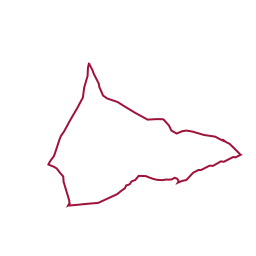 outline of Ar Reif Ash Shargi, South Kordufan, Sudan, rotated 153°
{"feature_id": "16777658B25449953916595", "entity_name": "Ar Reif Ash Shargi", "entity_type": "district", "adm_level": 2, "iso_a3": "SDN", "parent_name": "Sudan", "parent_adm1": "South Kordufan", "projection": "mercator", "projection_center": [29.773, 11.191], "detail": "fine", "context": "isolated", "style": "outline", "palette": "rose", "viewbox_px": 256, "rotation_deg": 153, "n_neighbors": 0, "source": "geoboundaries", "source_scale": "gbopen_adm2", "svg_char_len": 1827}
<svg xmlns="http://www.w3.org/2000/svg" viewBox="0 0 256 256"><g transform="rotate(153 128 128)"><path d="M48.5,74.0L48.8,73.2L49.1,73.5L51.4,76.6L54.3,80.8L54.5,80.9L63.6,87.4L63.8,87.6L72.5,95.8L77.1,99.2L81.0,100.5L87.2,101.0L87.3,101.2L87.4,101.3L90.5,106.0L90.4,111.7L92.4,119.2L92.6,119.3L92.8,119.9L98.4,122.9L106.8,126.6L114.9,138.5L122.0,150.0L125.4,155.7L125.6,156.0L128.3,158.8L133.2,163.8L135.5,168.2L135.0,176.4L135.0,176.8L135.0,177.4L134.1,180.1L134.1,180.4L133.9,180.8L133.9,191.9L133.9,192.0L133.4,195.6L133.5,202.5L133.4,202.6L133.7,203.0L136.3,199.9L139.3,194.6L140.4,192.7L148.7,183.9L154.3,175.7L163.7,169.1L176.6,160.8L186.6,153.9L191.5,151.3L194.2,148.9L204.8,138.4L207.1,136.4L210.5,134.8L213.5,133.1L215.5,131.6L215.1,131.1L211.4,126.8L209.9,124.3L209.8,123.8L208.8,118.3L207.7,114.2L209.8,109.4L211.1,102.1L212.3,95.4L213.3,90.0L214.4,87.4L215.6,86.7L215.9,86.5L215.6,86.4L216.1,86.1L215.9,86.1L216.2,85.9L215.6,85.6L205.3,81.5L202.1,80.3L188.5,74.8L167.6,74.0L163.5,74.9L158.0,75.8L155.8,77.6L152.2,77.1L149.0,78.8L145.1,78.4L140.2,80.5L134.2,77.2L133.9,77.0L133.6,76.6L132.6,75.5L131.3,74.0L130.5,73.2L129.0,71.6L128.7,71.2L127.6,70.3L127.4,70.2L126.9,69.7L125.4,68.5L125.3,68.4L123.5,67.4L121.4,66.1L120.6,65.8L117.2,64.7L116.6,64.3L115.2,63.5L113.3,62.7L112.3,62.3L112.0,62.3L109.1,62.5L108.9,62.3L107.3,60.6L107.2,60.4L107.0,57.9L107.0,57.5L107.3,57.3L108.1,56.9L108.4,56.7L108.0,56.7L107.9,56.7L103.4,56.2L99.8,55.2L99.6,55.2L96.2,56.4L90.2,58.6L89.8,58.6L84.2,58.6L82.0,57.4L72.4,57.4L69.5,55.7L69.1,55.7L60.4,56.1L58.0,54.4L47.4,54.4L45.5,53.0L41.9,53.0L39.8,53.0L40.0,53.3L40.6,55.4L41.4,58.0L41.7,58.9L42.1,60.0L42.5,61.3L42.6,61.7L44.7,67.8L45.2,68.5L45.3,68.7L45.4,68.8L47.3,71.3L47.7,72.3L48.0,73.0L48.3,73.4L48.4,73.9L48.5,74.0Z" fill="none" stroke="#9f1239" stroke-width="2"/></g></svg>